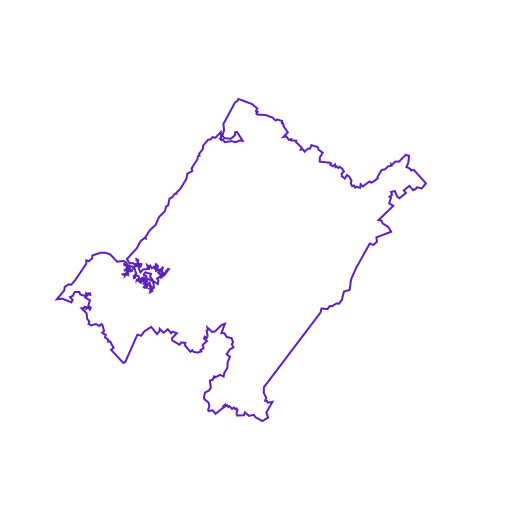 outline of Waikato District, Waikato, New Zealand, rotated 51°
{"feature_id": "76426892B94157809900768", "entity_name": "Waikato District", "entity_type": "district", "adm_level": 2, "iso_a3": "NZL", "parent_name": "New Zealand", "parent_adm1": "Waikato", "projection": "robinson", "projection_center": [174.92, -37.516], "detail": "fine", "context": "isolated", "style": "outline", "palette": "violet", "viewbox_px": 512, "rotation_deg": 51, "n_neighbors": 0, "source": "geoboundaries", "source_scale": "gbopen_adm2", "svg_char_len": 6094}
<svg xmlns="http://www.w3.org/2000/svg" viewBox="0 0 512 512"><g transform="rotate(51 256 256)"><path d="M322.2,135.7L316.7,134.9L310.3,137.1L307.6,136.2L305.2,138.2L303.4,117.7L298.9,119.4L295.5,114.2L294.1,114.9L294.0,111.6L291.2,110.9L292.9,107.2L298.7,108.9L301.4,108.2L301.3,99.8L298.0,99.8L298.0,92.7L304.7,92.4L303.4,91.8L304.5,90.3L303.9,87.5L307.8,84.8L306.5,78.2L288.4,79.2L286.9,81.3L288.1,81.8L285.2,81.3L281.5,83.1L279.6,79.2L274.5,74.0L271.6,76.1L272.7,85.4L270.3,88.2L270.7,92.7L269.6,93.1L271.1,93.8L269.4,97.0L269.9,100.9L268.2,104.2L271.0,111.8L272.2,112.3L272.1,117.8L271.6,120.3L269.5,120.9L269.2,129.3L266.1,129.5L268.5,132.2L265.4,134.4L265.4,136.0L262.9,135.5L262.2,137.3L259.0,136.6L257.5,134.3L252.8,133.6L250.3,134.4L251.7,138.3L248.0,139.1L245.9,137.7L245.7,134.5L242.2,134.1L239.4,134.8L239.3,136.7L237.2,136.8L237.0,138.2L234.6,137.0L234.7,139.7L231.9,140.9L231.3,139.4L230.0,139.9L222.8,147.1L219.6,144.4L217.7,139.2L212.8,140.5L210.1,139.5L204.7,143.3L206.6,146.4L205.3,148.0L205.5,152.6L203.0,152.3L201.5,154.4L200.6,152.3L192.4,153.2L191.7,152.2L188.3,155.9L187.4,155.0L186.3,157.4L182.2,157.2L180.7,159.7L180.0,153.5L172.7,152.9L169.7,151.4L169.0,152.3L167.4,150.8L163.3,153.6L163.0,155.5L158.7,156.1L152.5,159.8L147.1,165.8L145.3,166.0L144.9,164.0L143.2,164.7L142.2,162.2L135.3,163.5L122.8,170.9L123.9,173.2L123.4,175.5L132.9,198.2L138.3,201.8L141.5,206.6L144.7,206.2L149.0,201.9L149.0,196.4L146.7,194.3L147.7,192.7L158.1,193.9L156.0,196.1L154.6,200.4L151.3,202.7L147.8,208.7L144.7,208.4L144.2,210.1L142.2,210.1L142.4,209.0L137.5,205.3L138.6,213.2L136.3,214.9L136.8,218.1L135.5,220.0L136.9,227.6L139.4,229.9L140.9,236.2L142.5,236.8L141.9,238.2L144.0,240.8L147.3,250.8L149.8,252.0L148.9,257.7L152.3,261.6L156.2,272.5L156.7,277.9L157.6,278.4L156.5,280.1L157.6,284.2L156.9,287.0L161.4,292.5L160.9,294.5L163.8,298.7L164.7,306.9L168.7,314.5L169.1,322.1L171.9,330.6L172.9,330.5L173.1,330.6L172.0,331.2L171.7,336.0L175.0,343.8L177.1,358.2L182.1,358.9L184.1,356.0L186.9,355.6L186.3,354.8L187.8,353.5L185.3,351.0L183.7,351.4L183.1,350.9L185.1,350.1L187.6,352.6L190.2,350.2L191.2,351.7L189.7,352.1L188.6,355.3L191.3,353.1L192.0,355.0L196.0,356.1L195.4,352.3L198.7,347.3L197.4,346.4L196.4,348.2L196.8,346.4L195.8,346.8L194.7,346.3L197.3,345.8L196.9,344.3L199.8,344.8L200.2,342.2L201.5,342.6L200.9,339.7L200.0,339.8L199.5,338.8L202.2,338.6L203.5,340.1L203.1,342.0L204.6,343.1L206.7,337.6L205.7,335.0L207.7,337.5L207.4,342.3L209.3,342.4L209.8,340.4L211.6,341.4L209.3,338.6L211.1,339.2L212.0,337.6L211.6,335.4L210.4,335.7L211.5,334.7L210.7,332.5L211.4,332.0L213.1,339.0L211.6,338.6L211.2,340.6L211.8,339.4L212.8,340.0L213.3,342.3L211.0,342.0L212.4,344.2L211.4,344.7L211.3,347.1L213.5,347.2L215.9,349.9L211.0,351.6L205.2,351.2L203.9,348.9L199.0,352.4L199.5,354.5L200.7,355.4L202.0,353.9L203.5,354.3L203.9,358.1L205.7,356.9L205.7,354.3L211.0,352.0L216.5,355.2L216.0,357.4L218.0,358.5L217.5,361.3L215.1,358.1L214.4,358.8L214.8,356.5L212.6,356.7L212.5,358.2L212.0,356.4L209.8,355.5L209.8,357.6L211.8,360.9L210.3,362.7L209.4,362.8L209.2,358.9L207.8,358.3L207.7,359.9L207.0,360.5L207.3,355.5L206.0,359.0L204.5,359.8L204.7,358.4L202.7,359.2L202.4,357.2L201.3,358.2L201.7,360.5L204.2,361.8L204.2,362.5L200.3,362.9L200.2,364.4L199.4,363.4L200.2,360.9L197.9,360.0L195.5,361.3L196.8,364.1L196.3,365.5L196.1,364.1L194.7,363.7L194.4,360.3L188.4,357.8L188.5,359.4L187.5,358.1L186.0,358.8L185.1,362.1L185.8,363.3L186.4,362.1L189.5,361.8L188.9,363.7L186.9,364.0L187.4,365.9L189.1,366.4L188.5,367.2L189.9,367.5L188.6,368.3L188.9,370.1L187.9,368.9L187.0,371.0L186.4,371.0L188.1,368.2L185.3,364.1L184.3,368.0L184.4,364.7L183.4,363.7L184.6,363.7L183.7,361.9L180.9,362.4L180.8,363.4L180.5,363.8L180.3,363.9L180.1,363.6L179.6,363.6L179.2,363.5L179.2,363.4L180.6,363.6L180.7,362.1L184.2,361.5L184.8,359.7L183.0,361.4L178.8,361.0L176.3,362.3L173.1,367.5L162.9,368.3L158.7,371.0L155.6,374.9L152.6,382.8L154.7,384.8L154.9,389.0L152.6,390.6L155.2,392.8L161.0,411.7L162.0,417.7L160.2,419.3L159.7,424.1L162.1,426.8L164.3,438.0L167.4,433.3L175.8,428.7L174.8,426.2L170.9,426.3L171.7,423.4L169.9,419.5L172.8,415.9L175.1,416.8L178.7,414.6L179.6,413.1L178.6,412.1L179.7,411.6L178.8,411.2L180.0,410.8L180.0,409.8L180.9,409.2L180.1,409.1L181.3,407.6L180.4,408.9L181.4,409.4L180.3,409.9L180.9,414.9L185.9,412.9L189.2,417.7L192.1,417.0L192.4,418.8L194.3,418.9L190.2,418.8L190.2,421.1L189.1,420.2L187.6,421.1L188.7,423.6L187.8,422.8L186.8,424.5L193.8,423.7L198.6,426.7L202.1,426.8L203.5,428.9L206.2,427.9L208.0,423.3L211.8,421.7L211.6,418.9L213.0,418.8L218.7,421.2L218.9,423.8L222.9,422.4L224.3,424.6L227.5,423.6L229.6,424.8L230.4,423.1L237.7,424.5L237.7,427.6L255.4,426.5L256.2,424.5L242.5,397.7L245.7,395.4L244.3,390.2L245.1,382.1L254.4,382.1L253.6,378.1L252.1,376.7L257.4,376.1L257.4,370.6L262.6,370.6L262.2,368.5L266.2,366.1L267.0,372.9L268.7,374.2L276.9,371.3L276.1,368.6L279.1,365.6L280.9,367.5L289.2,367.2L289.2,364.8L291.3,364.8L294.4,362.0L295.7,358.6L294.2,358.4L294.7,354.9L291.4,353.2L291.3,347.6L287.6,348.4L286.4,346.6L288.7,345.9L287.8,344.0L283.0,341.4L283.1,339.8L281.1,338.8L287.5,337.9L288.8,335.1L288.0,326.3L289.1,322.9L294.2,331.5L296.2,329.1L300.4,329.8L304.5,326.7L308.7,328.2L309.3,330.3L312.8,331.1L312.1,335.1L313.9,340.7L317.9,339.6L320.6,344.8L324.9,348.6L326.8,354.1L329.3,357.0L325.9,358.6L324.3,365.1L322.8,363.5L325.0,367.8L323.8,370.3L330.1,374.1L330.9,377.2L330.1,381.5L332.9,385.3L334.6,386.2L340.3,385.2L343.5,386.9L345.5,390.1L346.7,390.4L348.6,386.8L353.1,386.8L353.3,376.1L352.1,376.1L352.1,373.4L353.5,374.0L353.6,372.4L356.0,372.5L356.0,371.1L359.8,370.8L359.8,368.6L362.0,368.6L362.0,367.3L364.0,367.3L365.9,370.1L368.1,371.0L372.2,365.6L370.6,363.0L375.8,362.1L378.1,357.6L380.9,357.9L388.3,354.9L389.2,348.3L384.2,346.5L379.7,335.0L377.5,339.1L375.5,338.7L374.3,340.1L372.5,337.3L367.3,336.1L363.0,332.5L340.5,241.3L338.0,238.2L342.3,233.8L341.2,230.1L342.9,228.6L343.5,223.3L345.2,221.8L344.2,216.9L339.0,210.1L341.3,204.5L334.2,197.1L328.6,186.5L317.9,159.7L321.2,157.9L321.0,153.0L317.3,150.7L322.2,135.7Z" fill="none" stroke="#5b21b6" stroke-width="2"/></g></svg>